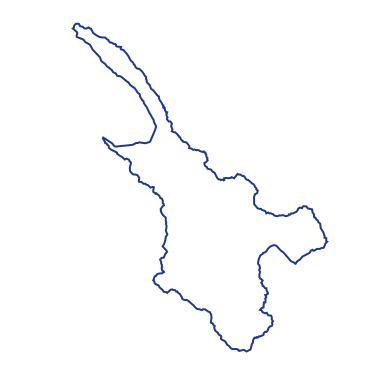 Dolores, Tolima, Colombia, rotated 278°
{"feature_id": "7082276B30807690938488", "entity_name": "Dolores", "entity_type": "district", "adm_level": 2, "iso_a3": "COL", "parent_name": "Colombia", "parent_adm1": "Tolima", "projection": "mercator", "projection_center": [-74.784, 3.628], "detail": "fine", "context": "isolated", "style": "outline", "palette": "blue", "viewbox_px": 384, "rotation_deg": 278, "n_neighbors": 0, "source": "geoboundaries", "source_scale": "gbopen_adm2", "svg_char_len": 6012}
<svg xmlns="http://www.w3.org/2000/svg" viewBox="0 0 384 384"><g transform="rotate(278 192 192)"><path d="M340.5,52.2L338.1,52.1L337.4,51.2L334.1,56.1L332.3,56.3L330.6,55.9L329.5,56.3L327.8,63.3L325.7,65.4L323.6,70.5L319.1,73.9L312.5,82.2L309.5,83.6L308.5,84.8L306.9,87.9L304.2,90.8L303.5,92.7L302.2,94.3L302.0,95.3L299.7,97.2L298.8,100.0L296.7,101.7L296.5,105.5L292.0,112.8L291.9,113.6L289.2,116.1L286.8,120.9L282.6,124.6L281.6,126.6L279.2,127.3L276.0,129.9L275.3,131.2L273.0,132.2L269.6,135.4L264.2,139.0L257.9,144.0L255.8,144.7L252.5,147.0L251.2,147.3L248.2,146.8L236.3,143.6L235.6,143.0L233.8,139.1L233.8,132.8L232.9,131.3L232.8,129.9L230.8,127.2L230.1,125.4L226.3,109.9L226.8,108.5L229.1,106.1L232.3,99.3L233.5,96.5L232.7,96.3L229.7,98.7L228.3,99.3L228.2,100.6L227.1,101.3L226.3,102.9L224.3,103.5L222.8,105.7L220.6,112.2L219.5,112.5L217.7,115.8L217.0,117.8L214.8,121.0L216.0,122.5L215.1,125.2L213.8,125.8L213.4,126.7L212.2,127.6L207.3,127.0L203.8,127.9L201.4,130.8L201.2,132.1L201.5,133.8L201.0,135.7L198.7,137.8L195.3,137.8L194.6,138.4L194.9,140.5L193.4,142.9L193.7,144.7L192.9,145.7L192.5,147.8L190.6,150.1L191.5,152.4L191.4,153.5L187.5,153.4L186.4,154.0L185.8,155.9L185.2,156.2L185.7,157.0L185.0,157.6L184.7,158.7L183.1,160.6L181.5,161.6L181.3,163.0L179.2,164.4L177.1,164.5L176.1,165.6L174.8,166.0L174.2,165.2L170.7,163.3L169.7,163.8L168.4,163.8L165.0,166.5L163.1,169.4L162.4,169.7L159.8,170.0L158.2,170.8L156.7,170.7L154.6,171.6L149.8,171.6L146.5,173.5L143.8,172.2L140.2,172.3L136.2,171.5L134.0,170.5L130.6,174.7L129.2,175.7L126.9,174.1L123.1,173.2L122.6,171.3L120.8,169.8L118.3,171.2L116.9,171.4L115.6,172.4L114.5,172.4L114.0,172.8L112.4,172.5L110.5,173.3L109.8,173.7L109.6,174.9L108.9,175.4L107.4,173.8L106.4,170.0L105.4,168.6L104.0,168.2L103.4,166.9L101.1,166.3L99.6,166.4L99.2,165.9L98.1,167.1L96.4,167.8L95.3,169.8L94.9,171.8L92.9,173.3L91.0,176.4L89.2,177.9L89.2,180.5L88.6,181.4L92.3,184.5L92.8,186.1L92.4,186.7L92.4,188.9L91.1,190.3L91.5,191.1L90.1,192.5L89.3,194.2L86.2,196.7L84.9,197.2L84.1,199.0L84.0,200.6L84.4,201.8L83.5,203.8L79.9,209.3L77.4,212.3L76.9,213.6L76.9,215.9L76.5,217.4L76.6,218.5L77.4,219.2L77.6,221.2L75.8,224.8L75.5,226.4L72.9,228.2L70.4,228.8L65.5,228.8L65.0,229.3L64.8,230.7L63.3,231.7L62.4,233.2L61.0,232.8L58.1,234.1L56.1,237.2L54.6,238.3L53.6,240.7L52.7,241.2L50.6,241.1L50.1,241.7L48.7,245.7L45.7,248.0L44.5,250.3L42.5,252.5L42.1,254.5L42.7,257.7L42.3,259.9L41.6,260.0L41.2,260.9L42.9,265.2L41.7,268.3L43.8,271.4L44.4,271.9L49.9,272.5L51.3,273.3L53.6,273.1L56.3,274.0L56.6,274.5L56.3,275.6L57.3,276.1L56.9,277.3L58.4,278.4L58.3,279.2L60.3,282.6L62.2,282.7L63.7,283.8L63.8,285.2L65.4,286.3L68.1,286.8L69.7,287.8L70.3,289.5L71.0,289.9L72.2,290.0L73.8,289.4L75.3,290.2L76.7,288.8L78.9,288.5L80.6,287.6L80.5,284.6L82.8,282.8L82.1,281.4L82.7,278.7L84.6,277.2L84.7,275.8L86.6,277.0L87.7,278.9L92.7,278.6L92.9,280.0L95.9,279.8L96.5,279.3L98.2,280.2L100.1,278.9L100.3,279.9L101.2,280.3L101.4,281.1L102.4,281.4L104.8,279.6L107.0,279.1L106.7,278.5L107.0,277.6L108.8,275.8L108.8,275.1L110.9,274.2L111.8,273.2L114.2,274.3L115.5,272.5L115.6,271.7L117.2,270.6L119.9,270.2L122.4,270.5L124.2,269.3L126.0,270.0L129.0,268.8L129.6,267.8L130.4,267.3L135.0,267.4L139.0,268.7L140.4,270.5L141.6,270.9L142.2,272.4L143.4,273.7L146.9,275.4L149.1,277.4L150.6,280.1L150.8,282.1L150.3,283.3L146.3,288.2L144.7,291.2L137.3,299.6L136.2,303.2L135.3,304.2L135.4,304.6L137.8,305.7L140.2,308.4L143.4,310.3L147.9,316.7L150.5,317.9L151.5,319.4L150.8,320.0L150.9,321.2L153.0,323.6L153.4,326.5L154.7,328.3L154.9,329.8L155.7,330.5L159.4,331.2L161.6,332.8L162.0,331.8L165.0,331.4L165.2,329.5L166.6,329.5L170.0,327.9L174.3,324.4L178.4,323.4L179.9,321.2L181.3,320.6L182.1,318.9L183.7,317.9L183.8,316.7L185.2,316.0L186.6,316.1L188.5,314.2L191.5,313.4L191.9,308.9L193.6,307.4L193.5,304.3L192.5,303.5L191.2,303.2L191.6,301.0L190.4,299.6L189.2,299.4L187.0,298.2L184.7,294.6L184.6,293.2L183.4,292.5L183.4,291.2L182.4,291.0L181.1,288.5L181.8,284.9L181.1,283.7L181.0,282.0L179.8,279.5L180.2,276.6L181.3,275.4L181.9,272.6L181.5,271.5L182.3,270.4L181.2,268.6L183.0,267.5L183.5,266.5L184.0,263.7L184.9,262.7L184.7,261.5L185.0,259.2L188.6,255.3L195.7,254.1L198.6,254.7L200.0,256.7L202.6,256.9L203.5,255.3L204.9,255.0L205.7,253.6L207.1,253.0L208.5,251.5L208.7,250.5L211.7,246.0L212.0,244.0L214.9,241.4L215.0,239.4L216.1,237.1L215.8,236.0L216.2,234.6L211.5,231.8L212.2,229.1L211.3,228.4L210.7,225.8L210.6,223.4L210.0,221.9L208.5,222.4L207.9,221.8L208.5,220.4L207.8,218.9L208.4,217.6L208.2,216.7L208.6,216.0L209.6,214.9L214.3,211.6L215.1,209.5L216.8,207.8L217.2,204.2L218.7,203.3L219.5,201.6L220.4,200.8L222.4,200.2L223.7,201.9L225.6,203.1L226.7,202.4L227.7,202.6L228.9,201.4L231.4,200.7L231.9,199.8L232.8,199.8L233.8,198.0L233.1,197.5L233.6,194.1L234.3,192.8L234.3,191.1L233.9,190.6L234.5,188.8L233.9,187.3L234.9,185.5L235.1,183.0L237.1,183.0L239.3,180.8L240.4,179.1L240.5,176.2L241.3,175.8L241.6,174.8L242.8,173.6L244.5,172.6L244.8,171.6L245.9,171.0L246.1,170.2L246.8,169.9L247.7,168.6L248.8,166.9L248.6,166.1L249.4,163.5L251.4,163.9L254.3,162.2L256.9,162.6L258.8,160.7L258.6,159.2L260.6,157.0L261.5,156.9L262.4,157.4L263.9,156.3L265.5,155.8L266.2,156.2L266.9,155.6L267.6,156.1L268.0,154.9L269.1,153.8L270.3,153.7L270.9,152.9L271.8,153.1L272.2,152.6L271.9,151.6L273.8,151.6L274.2,150.7L275.9,149.7L278.2,147.5L280.2,146.2L282.1,145.9L282.5,144.6L287.1,139.7L288.6,137.0L292.2,135.1L293.7,132.8L295.0,131.7L296.6,131.5L297.5,130.7L299.5,130.6L300.6,128.9L301.8,128.3L304.2,126.0L306.5,122.9L306.7,120.4L307.8,118.7L309.6,117.7L310.2,116.6L311.2,116.2L312.4,115.0L313.1,113.7L314.3,112.5L317.6,110.2L319.6,108.3L323.0,104.4L323.4,101.7L324.2,101.3L325.7,101.6L325.6,97.6L326.0,96.6L327.1,96.3L327.8,95.5L327.8,93.7L328.7,91.8L328.6,90.2L329.9,88.5L330.8,88.1L331.6,86.2L332.9,84.6L332.5,81.3L332.7,78.5L333.9,75.5L335.9,71.6L337.2,71.2L338.5,69.9L339.6,69.4L339.8,67.8L340.6,66.6L339.1,64.5L339.1,62.5L340.4,60.9L340.6,58.1L342.7,56.6L342.8,55.6L342.3,53.6L340.5,52.2Z" fill="none" stroke="#1e3a8a" stroke-width="2"/></g></svg>